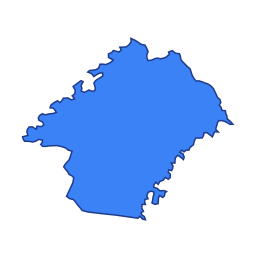 Augusto Pestana, Rio Grande do Sul, Brazil (Robinson projection), rotated 276°
{"feature_id": "56859067B36732099712142", "entity_name": "Augusto Pestana", "entity_type": "district", "adm_level": 2, "iso_a3": "BRA", "parent_name": "Brazil", "parent_adm1": "Rio Grande do Sul", "projection": "robinson", "projection_center": [-54.004, -28.532], "detail": "fine", "context": "isolated", "style": "filled", "palette": "blue", "viewbox_px": 256, "rotation_deg": 276, "n_neighbors": 0, "source": "geoboundaries", "source_scale": "gbopen_adm2", "svg_char_len": 3111}
<svg xmlns="http://www.w3.org/2000/svg" viewBox="0 0 256 256"><g transform="rotate(276 128 128)"><path d="M146.1,52.6L142.9,49.0L139.9,48.4L140.0,51.6L137.9,53.7L136.0,55.1L134.4,51.4L134.1,49.0L132.4,44.2L133.2,41.3L131.3,38.9L128.5,37.7L126.3,38.7L125.0,42.5L122.4,43.9L120.4,41.9L120.3,37.3L117.2,36.9L119.1,32.8L118.7,29.6L115.8,28.0L113.6,27.8L110.1,29.2L108.3,24.1L105.9,25.0L104.0,26.5L104.4,30.7L104.1,34.6L105.2,37.5L107.3,40.4L107.1,44.1L104.9,44.4L102.6,42.9L100.8,45.1L101.1,48.1L101.9,50.9L102.4,54.5L103.1,58.8L102.6,63.8L101.6,68.2L99.7,71.1L99.1,74.8L90.4,72.9L85.2,69.2L82.6,68.1L79.8,70.9L77.6,73.0L75.7,74.2L74.7,77.0L73.0,79.2L67.8,78.9L53.6,74.0L51.6,77.5L51.2,81.0L49.2,83.4L46.8,85.4L45.1,87.1L43.6,88.8L41.2,91.0L40.3,96.9L40.2,102.6L40.2,106.2L40.1,109.0L40.1,119.8L40.1,125.8L39.3,147.3L41.4,148.9L38.9,152.1L38.6,155.0L41.6,153.5L43.2,150.7L45.2,149.8L46.7,152.1L49.7,150.1L53.5,150.0L53.8,153.3L56.2,152.3L58.8,152.4L59.7,155.3L62.6,153.7L66.3,154.9L67.6,157.7L67.1,160.4L64.2,160.6L61.9,160.1L59.4,160.1L55.9,159.7L54.9,162.8L55.8,165.8L58.7,165.8L61.6,165.6L64.0,166.5L62.6,169.9L64.5,171.4L67.0,171.4L68.9,173.0L69.5,170.1L68.9,166.2L70.9,163.4L71.9,159.6L74.4,159.8L77.0,161.4L75.1,163.9L78.2,165.3L79.8,168.6L82.7,170.2L81.3,173.5L83.0,175.1L86.5,174.9L88.4,172.6L90.7,173.0L90.1,175.8L92.4,176.6L95.0,176.7L97.7,174.7L98.1,178.4L100.7,178.1L103.7,178.4L106.0,180.4L104.6,183.2L102.4,186.4L104.9,186.9L108.0,185.4L109.3,182.1L111.6,183.8L110.1,186.2L112.1,188.3L112.4,190.9L115.0,191.6L118.1,194.8L121.8,195.3L125.2,196.4L125.4,199.7L125.9,202.8L128.8,204.0L131.1,204.0L131.7,206.9L130.0,209.8L128.0,212.8L131.4,213.9L133.5,214.8L133.5,218.1L135.8,215.4L137.9,215.6L140.4,216.1L142.5,216.4L144.6,217.4L145.2,220.1L144.8,223.1L143.7,226.1L142.3,228.9L142.7,231.9L145.2,229.2L147.6,225.6L150.5,225.0L152.6,223.8L155.4,223.0L155.3,219.6L158.2,218.4L160.3,216.4L163.0,217.6L165.9,216.5L167.8,213.8L170.8,212.1L173.2,210.6L176.2,208.7L178.3,206.4L180.1,203.1L180.8,199.8L181.7,196.7L182.3,193.6L181.8,190.9L183.9,188.6L187.1,186.3L193.3,183.6L195.1,180.9L197.6,177.9L199.5,175.4L201.6,173.5L204.6,172.6L207.2,171.5L207.4,167.1L209.6,164.0L207.8,160.4L205.6,161.4L202.4,158.4L201.1,155.9L200.3,153.2L200.6,149.6L199.6,147.1L198.0,144.5L197.1,140.8L199.5,139.6L201.8,139.1L203.9,139.3L206.0,140.0L209.2,138.3L212.2,136.2L212.5,132.6L214.1,129.6L215.9,126.0L217.4,121.5L214.2,122.2L210.8,120.3L208.5,117.8L208.0,115.3L207.5,111.4L205.0,113.1L202.6,111.2L203.6,105.4L201.4,103.9L199.6,100.8L196.1,101.3L194.0,106.2L192.0,104.5L190.3,102.3L188.7,99.0L188.9,96.4L188.5,93.5L184.7,92.6L182.7,90.2L181.7,86.4L181.2,83.9L179.4,82.1L178.3,86.2L175.6,88.6L178.2,91.8L179.8,94.4L180.0,97.0L177.2,97.5L174.9,94.9L173.1,92.3L171.3,90.5L169.1,89.4L166.3,90.6L163.8,91.4L161.6,91.0L160.7,88.6L161.7,85.2L160.3,83.2L158.9,81.0L159.8,77.6L162.5,78.0L165.4,76.9L169.3,78.6L170.2,76.4L168.4,74.3L165.8,71.6L163.5,69.1L160.1,71.5L156.5,71.6L154.1,69.1L151.4,71.9L150.1,68.7L151.6,65.1L150.9,60.6L148.0,59.2L146.1,57.6L147.7,55.1L146.1,52.6Z" fill="#3b82f6" stroke="#1e3a8a" stroke-width="1.5"/></g></svg>